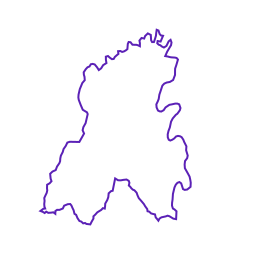 Assaí, Paraná, Brazil, rotated 190°
{"feature_id": "56859067B40510282315364", "entity_name": "Assaí", "entity_type": "district", "adm_level": 2, "iso_a3": "BRA", "parent_name": "Brazil", "parent_adm1": "Paraná", "projection": "equal_earth", "projection_center": [-50.881, -23.418], "detail": "fine", "context": "isolated", "style": "outline", "palette": "violet", "viewbox_px": 256, "rotation_deg": 190, "n_neighbors": 0, "source": "geoboundaries", "source_scale": "gbopen_adm2", "svg_char_len": 3264}
<svg xmlns="http://www.w3.org/2000/svg" viewBox="0 0 256 256"><g transform="rotate(190 128 128)"><path d="M195.3,29.8L194.0,31.4L191.8,30.6L189.0,31.3L186.9,32.0L184.7,30.9L185.1,33.6L183.6,35.1L181.2,35.5L178.2,37.4L177.4,40.4L174.1,42.5L171.7,43.1L170.3,41.9L168.5,39.2L167.3,37.6L165.8,34.2L164.0,33.5L162.1,30.5L159.7,28.0L157.7,27.7L155.6,26.3L153.8,27.0L152.3,26.3L148.4,26.5L147.5,29.5L146.3,32.8L146.7,35.0L145.2,37.0L143.6,39.6L141.7,41.3L140.2,42.6L138.8,44.7L136.9,44.6L137.0,47.3L137.3,49.6L135.9,53.5L135.4,56.5L135.7,60.3L133.7,62.9L132.2,63.5L131.9,76.1L128.7,74.8L126.0,75.2L123.6,76.1L120.5,77.0L118.1,76.1L117.1,74.3L117.2,71.5L115.7,70.6L114.2,69.2L112.5,68.1L110.9,67.8L108.3,65.8L106.9,63.3L105.2,60.8L103.3,59.3L101.7,58.0L99.1,55.8L97.5,53.9L95.0,51.5L94.3,49.4L92.5,49.3L90.5,47.9L88.5,47.7L86.4,47.6L85.2,44.8L83.6,43.5L82.0,42.0L81.2,44.3L79.6,45.8L75.5,47.5L73.8,48.5L71.9,48.3L67.6,46.6L64.8,46.6L65.8,54.4L68.1,55.9L69.8,56.5L71.2,59.2L71.6,62.0L71.7,65.3L72.3,70.9L71.9,77.5L71.1,80.5L69.8,82.6L68.0,83.7L66.0,82.7L63.2,77.4L61.4,76.9L59.0,77.7L56.2,80.9L56.7,85.0L57.6,87.6L58.9,90.8L61.2,93.7L65.0,98.3L65.9,101.9L66.1,105.4L64.5,108.5L64.4,111.2L66.9,116.2L67.3,120.1L70.3,124.1L71.5,126.1L73.6,128.3L75.3,128.9L77.4,128.9L79.2,128.0L80.7,125.7L82.4,124.1L84.2,123.0L85.8,123.5L87.2,125.7L87.8,128.7L87.6,132.2L86.9,135.8L86.7,141.7L85.6,145.2L83.2,149.3L81.9,150.6L81.0,152.4L80.0,154.6L79.8,156.8L81.7,160.2L83.7,160.6L85.8,160.2L88.9,158.9L91.3,158.0L94.6,154.8L96.0,151.7L98.1,150.0L99.8,149.9L101.5,150.4L103.4,153.2L104.2,156.2L103.3,159.4L102.8,161.9L102.9,166.3L102.3,170.2L101.5,175.7L100.0,178.0L97.8,179.5L94.8,180.6L91.9,183.1L90.9,188.4L91.6,192.5L91.9,194.7L91.4,197.9L91.0,201.4L90.7,204.1L92.3,205.4L94.0,205.5L97.7,205.1L99.4,205.1L101.1,205.3L103.8,205.3L102.7,209.9L101.2,213.9L100.0,217.0L100.0,219.8L101.4,222.2L103.0,220.4L104.4,215.5L106.6,213.5L109.0,214.2L110.5,215.1L112.3,215.4L113.9,216.5L113.9,218.8L110.9,218.8L110.2,221.9L109.5,224.9L111.7,224.9L113.2,226.1L114.9,229.3L116.8,229.7L116.7,226.2L116.5,223.7L116.9,220.3L117.4,217.1L119.2,216.8L120.5,218.5L121.7,223.6L124.9,224.6L127.1,221.6L127.6,218.9L130.3,219.0L131.9,216.1L131.0,213.6L130.5,210.6L132.5,211.2L134.3,211.4L135.9,211.1L138.1,210.8L140.4,212.9L142.3,212.8L142.8,210.8L142.6,208.7L142.3,205.6L143.6,204.1L145.3,202.7L147.0,201.9L148.9,202.5L151.1,201.9L150.3,199.3L151.7,197.7L153.3,195.7L154.1,193.5L155.8,193.0L158.1,194.1L160.2,195.4L162.2,194.4L161.6,191.3L160.5,188.2L163.4,185.6L164.8,182.1L166.8,180.0L169.0,182.4L170.4,183.6L171.8,184.8L173.9,185.0L175.7,184.3L176.6,181.9L178.4,180.8L179.8,178.6L181.3,175.2L180.7,172.8L179.7,170.8L178.9,167.6L180.8,164.4L181.6,160.7L182.2,158.0L182.5,152.4L182.2,149.5L181.4,147.2L178.6,142.5L175.7,138.1L171.1,136.3L170.1,134.7L170.6,125.4L172.1,121.1L172.3,117.9L170.3,114.9L173.5,105.8L183.0,104.3L185.2,103.1L186.2,99.5L187.8,96.1L188.1,93.0L189.3,89.1L189.4,86.3L189.1,83.5L189.5,81.4L191.2,77.7L191.9,74.0L194.8,72.0L196.7,69.4L196.1,67.2L195.4,64.7L194.1,62.3L195.6,59.9L197.8,58.1L197.3,54.6L196.7,52.6L196.8,50.0L197.6,47.2L198.3,44.5L197.5,41.7L197.3,38.6L196.7,36.2L195.6,34.3L197.3,33.8L199.8,31.1L197.3,30.6L195.3,29.8Z" fill="none" stroke="#5b21b6" stroke-width="2"/></g></svg>